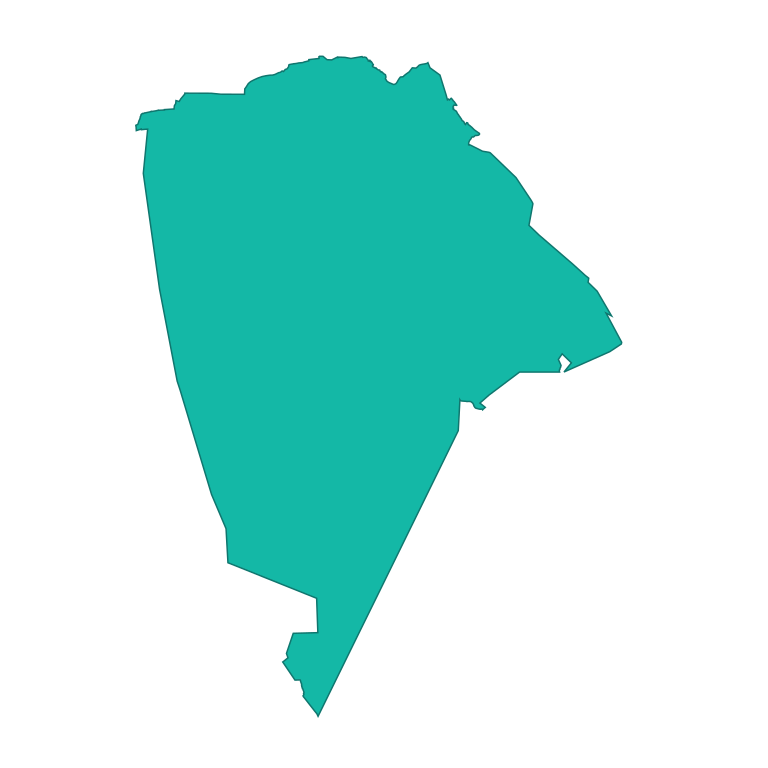 San Juan de Guadalupe, Durango, Mexico, rotated 178°
{"feature_id": "50627088B55888965347329", "entity_name": "San Juan de Guadalupe", "entity_type": "district", "adm_level": 2, "iso_a3": "MEX", "parent_name": "Mexico", "parent_adm1": "Durango", "projection": "robinson", "projection_center": [-102.803, 24.72], "detail": "fine", "context": "isolated", "style": "filled", "palette": "teal", "viewbox_px": 768, "rotation_deg": 178, "n_neighbors": 0, "source": "geoboundaries", "source_scale": "gbopen_adm2", "svg_char_len": 5885}
<svg xmlns="http://www.w3.org/2000/svg" viewBox="0 0 768 768"><g transform="rotate(178 384 384)"><path d="M286.4,354.7L285.7,355.4L283.6,357.1L288.8,361.6L279.4,369.3L248.1,391.2L208.1,389.8L208.2,390.2L208.3,390.8L208.3,391.4L208.1,392.1L207.7,392.5L207.6,392.9L207.6,393.3L207.4,393.9L207.0,394.4L206.8,395.0L206.7,395.3L206.7,395.6L206.6,395.9L206.4,396.4L208.9,402.5L204.9,407.9L196.0,398.6L203.7,389.7L157.3,408.4L145.4,415.7L145.0,417.4L159.6,447.1L154.2,444.1L167.8,469.4L176.5,478.5L175.7,482.6L179.2,485.6L190.7,496.8L223.9,527.5L233.6,537.5L228.9,558.9L229.3,560.1L230.5,562.4L244.9,585.7L269.4,611.0L270.0,611.5L271.0,611.9L277.4,613.2L289.2,619.7L290.3,620.2L290.6,619.8L291.1,620.1L291.0,621.3L290.8,622.7L290.2,623.9L289.9,624.4L289.5,625.0L289.1,625.3L288.4,626.3L288.0,627.0L287.9,627.4L287.3,627.7L286.8,627.9L286.2,627.7L285.7,627.9L284.8,628.6L284.1,629.2L283.7,629.2L283.0,629.1L282.4,629.2L281.7,629.2L281.0,629.4L280.5,629.6L280.0,630.1L279.8,630.4L279.9,631.1L284.8,634.8L287.5,637.7L287.9,638.0L289.6,639.6L290.4,640.1L290.7,640.4L291.0,640.8L291.0,641.5L291.3,642.0L291.8,642.2L292.3,642.3L293.5,640.5L294.4,641.4L294.6,642.2L294.9,642.9L295.2,643.5L295.8,644.0L296.7,644.4L296.9,644.9L297.1,645.5L297.4,646.1L297.9,646.8L298.7,648.2L299.3,648.9L299.7,649.6L300.4,650.9L301.0,651.4L301.3,652.1L301.6,652.9L302.0,653.7L302.4,654.3L302.9,654.5L303.7,655.2L304.4,655.6L305.2,656.2L304.9,656.7L304.8,657.2L305.4,657.4L305.2,659.1L304.8,659.6L304.4,659.8L304.2,660.3L303.8,660.2L303.0,660.2L302.0,659.9L301.6,660.1L302.6,661.6L303.1,662.3L303.4,662.9L304.1,663.8L305.3,665.1L305.6,665.9L306.9,667.2L308.7,665.6L309.7,666.5L310.7,665.8L311.8,670.6L317.3,690.8L327.0,698.4L328.9,703.6L329.7,703.0L332.0,702.5L334.5,702.2L336.7,701.8L338.0,701.2L339.5,699.7L341.1,698.6L344.7,699.0L347.9,695.1L351.8,692.5L353.3,691.3L354.0,690.5L354.6,690.4L355.6,690.3L356.9,690.2L358.1,688.8L359.4,686.9L360.2,685.5L361.4,683.9L362.0,683.5L363.1,683.1L363.4,683.1L364.0,683.0L368.5,685.1L370.4,686.4L371.6,688.5L371.9,688.9L371.9,689.4L371.5,690.0L371.4,690.5L371.4,690.8L371.4,691.0L371.4,691.3L371.5,691.5L371.7,692.3L371.6,692.5L371.7,692.8L371.8,693.0L372.1,693.3L372.5,693.5L372.8,693.6L373.0,693.8L373.4,694.1L373.5,694.4L373.7,694.6L374.0,694.8L374.6,695.2L374.8,695.5L375.0,695.6L375.2,695.8L375.2,696.0L375.3,696.1L375.5,696.0L375.6,695.9L375.8,695.8L376.2,696.0L376.4,696.5L376.7,696.6L376.9,696.7L377.0,696.9L377.3,697.7L377.4,697.9L378.4,698.0L378.6,698.0L379.2,698.4L379.9,698.8L380.0,699.0L380.1,699.3L380.5,699.5L380.9,700.1L381.2,699.9L381.5,699.9L381.7,700.0L381.8,700.3L382.0,700.5L382.8,700.7L383.3,701.1L383.7,701.2L384.0,701.4L384.2,701.6L384.4,701.9L384.5,702.3L384.4,702.5L384.1,702.8L383.7,703.0L383.5,703.3L383.5,703.6L383.6,703.8L384.1,704.2L384.4,704.7L384.6,705.3L384.7,705.5L385.1,706.1L385.4,706.6L385.5,706.7L385.9,707.0L386.3,707.2L386.5,707.5L386.6,707.1L386.8,707.4L387.1,707.6L387.3,707.1L387.5,707.2L388.0,707.5L388.4,707.4L388.5,708.0L388.9,708.9L389.9,709.9L390.1,710.6L390.4,710.9L392.0,711.4L392.8,711.3L393.9,711.2L394.5,712.0L405.7,710.5L411.6,711.8L417.1,712.2L418.5,711.8L418.5,712.4L418.8,712.5L425.0,709.7L429.6,710.1L433.5,713.6L436.9,713.8L437.6,713.4L437.6,711.6L447.8,710.8L447.8,709.7L448.4,709.5L448.6,709.5L448.7,709.4L452.6,708.6L453.8,708.1L455.1,708.0L458.5,707.8L459.2,707.6L459.9,707.5L462.4,707.2L462.7,707.3L464.3,707.0L465.3,706.9L467.6,706.5L468.0,706.1L468.3,704.4L469.1,703.3L469.9,702.4L470.6,702.0L471.6,701.9L473.6,699.8L474.9,700.4L476.7,699.1L478.5,698.8L482.1,697.2L484.5,696.6L487.4,696.6L491.1,696.2L495.1,695.5L498.9,694.3L500.9,693.5L503.5,692.4L506.7,690.9L509.1,689.0L511.2,685.9L512.4,684.3L512.8,683.9L513.3,678.4L536.9,679.3L546.7,680.6L572.9,681.6L572.9,680.8L577.2,676.0L578.8,673.5L582.0,674.5L582.4,671.5L583.8,669.4L584.1,667.2L584.2,666.2L593.9,665.9L593.9,665.5L600.0,665.4L600.0,665.5L602.2,665.0L607.0,664.4L607.0,664.6L607.5,664.5L608.1,664.2L608.5,664.1L610.9,663.7L613.5,663.2L613.8,663.3L614.0,663.2L614.3,663.1L614.6,662.9L614.9,662.8L615.1,662.7L615.6,662.9L616.1,662.6L616.6,662.4L616.8,662.3L617.0,662.1L617.1,661.9L617.3,661.8L617.3,661.7L617.5,661.3L617.6,660.6L618.2,659.7L618.2,659.3L618.4,658.6L618.6,658.0L618.6,657.7L619.2,656.5L619.5,656.0L619.7,655.6L620.6,652.9L621.1,652.0L623.0,651.2L622.7,648.5L622.8,647.8L622.7,646.9L622.7,645.9L617.7,647.3L617.6,646.6L613.6,646.9L611.3,646.9L617.2,602.9L605.0,486.6L590.6,394.1L587.9,384.8L560.2,279.6L546.9,244.9L546.2,210.8L458.8,172.2L458.8,137.8L483.4,138.0L490.9,118.1L489.5,113.7L494.9,109.7L483.3,91.2L478.3,91.2L478.2,91.2L478.0,90.9L477.8,90.4L477.8,90.2L477.7,89.6L477.7,89.4L477.5,89.0L477.3,88.3L477.1,88.0L476.9,87.4L477.0,87.3L476.8,86.9L476.8,86.5L476.9,86.1L476.9,85.8L476.8,85.7L476.7,85.2L476.7,84.4L476.5,84.2L476.5,83.9L476.4,83.3L476.3,83.0L476.1,82.9L476.0,82.7L476.1,82.3L475.9,82.2L475.7,81.8L475.5,81.4L475.5,81.0L475.4,80.6L475.3,80.3L475.1,80.0L475.0,79.6L474.8,78.9L474.8,78.7L474.8,78.2L475.0,78.0L475.0,77.8L475.2,77.5L475.2,77.2L475.0,76.8L474.9,76.4L475.0,76.2L475.3,75.8L475.5,75.6L475.8,75.2L475.6,74.6L475.4,74.3L475.3,74.0L475.1,73.9L474.3,72.8L469.1,65.6L465.8,61.1L464.8,59.7L462.6,56.8L461.5,54.2L416.5,138.3L397.5,173.7L331.1,297.9L311.4,334.8L308.7,365.5L308.6,365.3L308.2,364.9L307.8,364.6L307.5,364.5L307.0,364.3L306.0,364.2L304.3,364.0L303.2,363.9L302.6,363.8L302.3,363.7L302.2,363.7L301.8,363.6L301.2,363.6L300.0,363.6L299.5,363.6L298.1,363.4L297.8,363.3L297.4,363.0L297.1,362.8L296.4,362.1L296.1,361.9L295.8,361.5L295.7,361.3L295.3,360.3L295.2,360.2L295.1,359.7L294.9,359.1L294.9,358.9L294.7,358.7L294.3,357.9L294.2,357.7L293.8,357.2L293.5,356.9L293.4,356.8L293.0,356.6L292.6,356.4L292.4,356.4L291.9,356.3L290.8,355.9L290.4,355.8L289.3,355.5L288.8,355.5L288.4,355.4L287.4,355.5L287.1,355.5L286.9,355.4L286.7,355.2L286.4,354.7Z" fill="#14b8a6" stroke="#0f766e" stroke-width="1.5"/></g></svg>